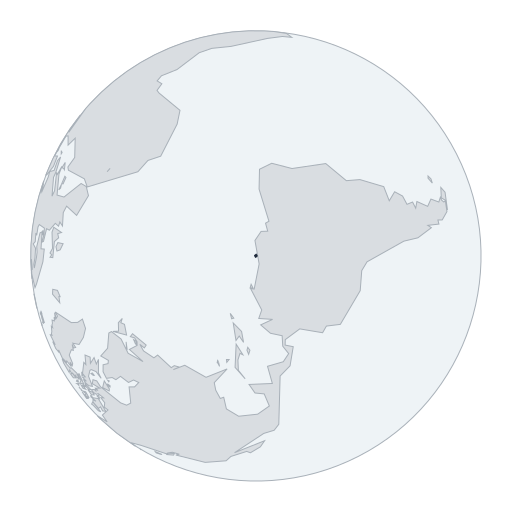 globe centered on Commewijne, rotated 243°
{"feature_id": "SUR-70", "entity_name": "Commewijne", "entity_type": "District", "adm_level": 1, "iso_a3": "SUR", "parent_name": "Suriname", "parent_adm1": "", "projection": "orthographic", "projection_center": [-54.973, 5.762], "detail": "fine", "context": "on_globe", "style": "filled", "palette": "slate", "viewbox_px": 512, "rotation_deg": 243, "n_neighbors": 0, "source": "natural_earth", "source_scale": "10m", "svg_char_len": 8165}
<svg xmlns="http://www.w3.org/2000/svg" viewBox="0 0 512 512"><g transform="rotate(243 256 256)"><circle cx="256" cy="256" r="225" fill="#eef3f6" stroke="#a8b0b8"/><path d="M182.6,43.0L185.5,42.2L175.8,48.1L184.0,46.9L186.0,54.2L190.3,52.2L193.9,54.6L200.2,53.4L198.8,55.8L205.1,52.9L205.2,51.0L208.0,49.3L211.7,48.6L210.5,51.3L208.5,52.0L210.1,52.5L207.9,54.2L211.1,53.0L209.2,56.8L216.6,52.2L219.8,54.6L217.0,57.4L210.1,58.1L186.6,68.7L181.8,73.0L181.8,77.6L197.0,83.5L194.5,88.4L196.5,94.1L201.1,90.6L201.2,85.0L210.3,80.6L209.4,75.0L213.0,72.7L214.9,67.2L222.3,67.2L228.5,70.4L227.3,75.3L230.0,77.1L237.4,72.3L241.2,81.9L254.2,89.9L254.3,92.9L243.3,98.1L227.4,97.9L213.2,107.4L230.2,100.8L230.3,109.5L233.6,111.1L238.1,110.7L241.2,107.4L242.8,110.7L226.5,117.7L224.8,114.8L230.0,112.4L222.5,112.7L211.6,118.8L212.4,123.4L195.0,129.8L195.4,133.4L191.8,137.3L192.3,130.8L191.0,142.9L170.6,156.4L168.5,179.0L162.1,161.3L154.7,159.2L145.3,159.5L144.8,163.1L133.2,160.2L121.1,167.8L114.3,185.7L116.3,199.8L129.4,200.7L134.4,192.9L144.7,191.5L135.0,212.7L152.5,216.2L149.4,232.3L154.2,240.8L163.5,238.9L173.1,243.1L180.6,233.8L192.5,228.9L192.0,242.0L199.1,230.1L205.3,236.6L229.4,236.4L227.4,239.4L247.5,255.2L270.3,262.1L275.6,271.7L272.8,277.7L280.9,279.4L281.1,283.3L314.2,289.1L331.7,298.5L331.5,312.1L317.6,327.8L306.7,360.1L282.1,370.7L276.9,383.3L259.8,401.3L244.7,399.8L250.3,408.7L242.9,413.8L233.5,414.0L233.0,420.0L226.1,420.0L231.5,424.1L222.3,431.5L227.3,437.7L221.1,443.4L224.6,446.9L221.5,446.7L218.8,447.9L219.3,449.8L208.9,446.3L203.6,438.3L205.5,434.4L201.4,433.5L205.3,423.0L201.6,425.1L198.7,408.5L202.1,394.5L200.4,352.3L195.0,343.6L177.8,333.1L156.8,300.1L161.6,286.9L157.4,280.5L171.2,261.9L168.2,244.1L163.4,241.5L158.3,248.0L142.7,236.5L138.1,223.0L95.7,199.9L92.5,193.1L94.4,182.3L90.5,147.6L87.5,179.8L84.0,173.3L83.2,161.7L86.1,159.0L88.8,142.6L87.1,136.4L95.2,117.0L115.1,94.2L114.2,97.7L119.1,92.4L120.6,88.0L120.3,86.5L139.2,67.9L146.5,59.8L141.3,62.2L148.3,58.4L141.1,62.2L161.4,51.5L182.6,43.0ZM166.3,186.8L186.5,198.3L173.9,199.5L176.5,197.5L171.6,192.7L162.2,188.4L151.5,190.6L166.3,186.8ZM177.8,174.3L174.2,173.4L177.9,173.4L177.8,174.3ZM119.5,86.5L120.1,88.3L117.1,93.6L116.0,92.2L119.5,86.5ZM125.9,77.7L127.5,77.4L121.8,82.2L122.7,80.9L125.9,77.7ZM136.5,65.0L136.2,65.3L135.3,65.8L136.5,65.0ZM210.7,67.7L212.7,67.4L211.3,68.5L210.7,67.7ZM209.6,65.6L206.5,67.1L205.5,66.4L207.4,65.5L209.6,65.6ZM213.6,64.1L204.1,65.0L202.4,63.9L208.4,59.6L213.6,64.1ZM203.6,50.8L203.6,52.7L200.1,51.8L203.6,50.8ZM200.6,50.7L185.8,51.7L187.6,49.0L192.2,49.0L191.7,46.5L199.9,44.5L202.0,45.5L199.2,47.5L204.4,45.4L200.6,50.7ZM208.8,48.6L205.7,48.8L207.0,46.4L213.5,45.5L211.0,46.5L208.8,48.6ZM187.6,47.0L189.7,45.3L196.9,43.2L198.7,42.3L200.2,44.3L187.6,47.0ZM212.6,46.7L216.8,45.2L219.6,45.8L212.0,48.2L212.6,46.7ZM204.5,46.2L205.5,45.1L207.1,45.4L204.5,46.2ZM231.9,48.1L228.1,47.9L228.4,46.6L231.9,48.1ZM218.2,44.6L217.2,44.4L216.9,44.0L220.2,43.2L218.2,44.6ZM205.2,42.9L207.7,42.5L204.9,41.9L210.2,40.7L210.2,42.4L212.4,41.1L214.0,40.8L212.3,42.6L205.2,42.9ZM222.7,41.2L224.5,43.5L231.5,43.8L231.4,44.9L220.2,44.4L222.7,41.2ZM216.7,41.8L220.4,41.6L218.4,42.9L214.6,43.8L216.7,41.8ZM213.8,39.4L205.7,40.8L205.9,40.4L213.8,39.4ZM225.1,41.0L224.6,40.5L225.8,40.8L225.1,41.0ZM217.7,39.5L214.8,39.9L215.2,39.5L217.7,39.5ZM226.0,39.2L226.6,39.9L224.1,40.4L226.0,39.2ZM222.5,39.1L223.7,38.4L222.8,40.2L221.1,39.4L222.5,39.1ZM218.5,39.0L217.8,38.9L219.7,38.9L218.5,39.0ZM235.2,37.2L234.6,39.3L229.1,40.3L230.4,38.0L235.2,37.2ZM227.0,453.4L210.1,447.5L219.3,450.3L223.7,447.5L233.2,451.8L227.0,453.4ZM240.9,446.2L247.2,444.6L249.2,445.6L245.3,446.9L240.9,446.2ZM419.4,101.0L414.5,96.4L408.5,90.3L411.7,94.0L414.9,96.8L417.0,99.6L414.2,97.3L412.2,95.0L410.4,94.3L420.5,106.5L424.9,110.6L423.9,114.9L431.1,122.5L433.0,126.9L421.6,115.8L418.0,111.3L401.9,101.4L405.6,106.2L421.0,116.3L418.9,116.0L424.0,123.8L418.4,117.6L400.6,106.4L395.7,111.7L400.0,133.1L394.9,136.3L385.8,134.1L373.6,114.6L386.4,109.9L382.2,104.0L370.6,97.2L375.4,96.7L372.2,93.6L376.2,92.0L372.8,83.6L375.4,81.8L365.5,73.3L365.5,71.5L371.4,76.8L376.9,80.1L382.4,77.2L380.9,75.0L374.0,70.0L376.4,70.3L369.0,65.8L367.9,63.0L363.0,63.1L354.8,58.3L349.5,54.3L345.9,53.0L354.5,59.8L358.8,62.7L363.9,64.9L374.7,74.1L374.7,76.4L360.0,67.7L358.3,70.5L347.6,63.5L330.8,47.8L328.1,44.7L341.9,48.1L347.5,50.7L345.3,50.5L355.2,54.5L350.6,52.3L352.6,52.9L345.2,49.4L346.3,49.7L337.4,46.1L337.9,46.2L343.5,48.4L339.2,46.7L354.1,53.2L368.5,60.8L382.3,69.4L395.4,79.0L407.8,89.6L419.4,101.0ZM461.4,163.5L454.8,150.7L452.4,146.1L452.1,145.7L451.6,144.8L455.5,152.4L451.2,145.3L464.8,171.4L467.1,177.3L472.2,192.7L476.2,208.5L479.1,224.6L480.8,240.8L481.3,257.0L480.6,273.3L478.8,289.5L475.8,305.5L471.6,321.2L466.4,336.6L460.0,351.6L452.5,366.1L448.1,373.6L440.5,384.2L434.6,387.1L439.6,379.2L444.7,364.9L454.1,328.9L461.1,310.8L462.9,297.7L458.0,270.3L459.5,253.6L456.9,247.4L452.2,250.3L448.5,243.0L445.2,243.6L420.3,254.4L409.3,245.6L388.2,216.4L390.2,203.1L384.7,189.0L394.1,137.0L402.7,138.1L417.6,127.8L420.7,128.8L426.1,139.2L443.1,148.4L440.1,138.9L448.3,143.1L449.1,141.1L436.7,121.8L435.2,124.5L427.8,116.2L423.3,106.4L423.6,105.5L434.7,118.9L444.8,133.0L453.7,147.9L461.4,163.5ZM398.7,161.6L400.3,165.8L398.7,161.6ZM230.2,236.2L233.0,238.8L229.1,238.8L230.2,236.2ZM171.7,204.8L176.2,205.2L178.4,207.2L174.8,207.8L171.7,204.8ZM211.1,205.8L216.6,207.0L210.7,208.0L211.1,205.8ZM189.8,199.8L206.7,205.3L195.3,208.9L184.7,205.7L192.3,204.7L189.8,199.8ZM174.5,181.7L177.2,182.7L176.0,185.0L174.5,181.7ZM180.4,174.4L179.3,174.6L178.2,172.7L180.4,174.4ZM231.2,109.1L232.6,108.7L237.0,109.0L234.5,110.4L231.2,109.1ZM259.1,103.1L261.1,108.5L257.9,105.3L254.8,107.8L244.3,104.8L253.8,94.3L251.4,99.4L259.1,103.1ZM232.8,98.8L238.5,101.3L231.9,99.0L232.8,98.8ZM350.8,80.9L355.1,82.0L357.9,85.5L354.5,89.7L350.4,84.3L350.8,80.9ZM360.4,82.9L346.8,74.2L348.4,71.9L349.8,74.5L352.2,73.8L355.1,78.1L369.9,85.1L373.4,88.9L365.2,93.4L366.0,89.5L361.8,88.4L360.4,82.9ZM309.3,62.0L303.4,59.9L314.4,57.4L318.6,59.8L315.5,63.5L308.7,63.0L309.3,62.0ZM226.1,57.1L223.1,57.7L223.5,56.8L226.2,55.6L226.1,57.1ZM230.1,48.1L239.4,54.3L236.5,55.1L245.4,58.7L241.2,62.3L235.5,59.7L239.0,65.6L232.2,64.7L235.4,68.7L223.3,62.5L217.3,62.5L225.6,61.0L229.6,57.6L229.5,56.1L224.9,52.2L214.1,51.1L216.3,48.2L220.8,46.4L223.8,46.2L221.4,48.0L227.0,46.4L225.8,49.0L230.1,48.1ZM272.0,36.0L268.0,36.8L279.2,37.0L278.0,38.3L279.4,38.3L281.4,39.8L286.2,41.7L284.6,42.3L287.2,42.9L288.5,44.1L291.5,45.2L289.7,46.9L293.2,48.4L290.4,48.4L296.9,50.8L291.2,49.8L292.5,51.8L297.3,51.7L280.5,61.2L277.8,67.0L278.6,72.7L268.8,71.2L261.8,65.2L257.5,58.2L261.5,53.2L256.4,53.8L256.8,51.7L260.7,52.1L254.9,50.4L256.3,48.9L252.5,44.6L243.3,43.8L241.7,42.5L245.9,42.1L241.3,41.2L248.3,39.8L247.3,39.0L253.1,37.1L261.9,37.5L260.1,36.6L264.5,35.6L272.0,36.0ZM237.1,36.7L247.9,36.0L252.5,36.6L240.4,39.6L240.4,40.6L232.8,43.2L226.1,42.4L228.9,41.7L230.1,40.8L231.7,41.4L231.3,40.3L235.1,39.3L235.8,38.3L239.1,38.3L237.1,36.7ZM419.8,124.4L421.3,124.4L422.8,123.2L426.0,128.5L419.8,124.4ZM407.8,116.8L408.6,115.7L413.8,121.9L412.2,122.3L407.8,116.8ZM404.5,110.3L408.2,115.2L405.2,112.7L404.5,110.3ZM371.6,75.9L371.9,74.8L373.7,75.9L375.6,77.9L371.6,75.9ZM304.9,39.4L301.9,39.1L300.9,38.6L292.8,37.2L293.0,36.4L298.0,37.0L304.9,39.4ZM439.0,125.4L441.4,129.5L440.1,128.0L439.5,126.9L439.0,125.4ZM435.4,128.8L438.3,130.3L436.2,130.2L435.4,128.8ZM303.8,38.3L300.5,37.7L302.6,37.7L303.8,38.3ZM292.7,35.9L294.6,35.7L292.1,36.2L292.7,35.9ZM323.2,41.0L322.7,40.8L310.3,37.4L308.6,37.0L323.2,41.0ZM290.9,33.8L294.1,34.4L292.3,34.2L290.9,33.8Z" fill="#d9dde1" stroke="#a8b0b8" stroke-width="1"/><path d="M255.4,255.8L255.5,255.7L255.8,255.6L256.0,255.6L256.3,255.6L256.2,255.5L255.9,255.5L255.7,255.5L255.5,255.4L255.4,255.4L255.3,255.2L255.6,255.1L255.8,255.1L256.8,255.1L257.0,255.2L257.0,255.3L257.0,255.6L256.9,255.8L256.9,256.0L257.0,256.1L257.0,256.3L257.2,256.5L257.3,256.7L257.3,256.8L255.9,256.9L255.7,256.9L255.7,256.7L255.6,256.4L255.8,256.4L255.7,256.2L255.4,256.1L255.3,255.9L255.4,255.8Z" fill="#64748b" stroke="#1e293b" stroke-width="1.5"/></g></svg>